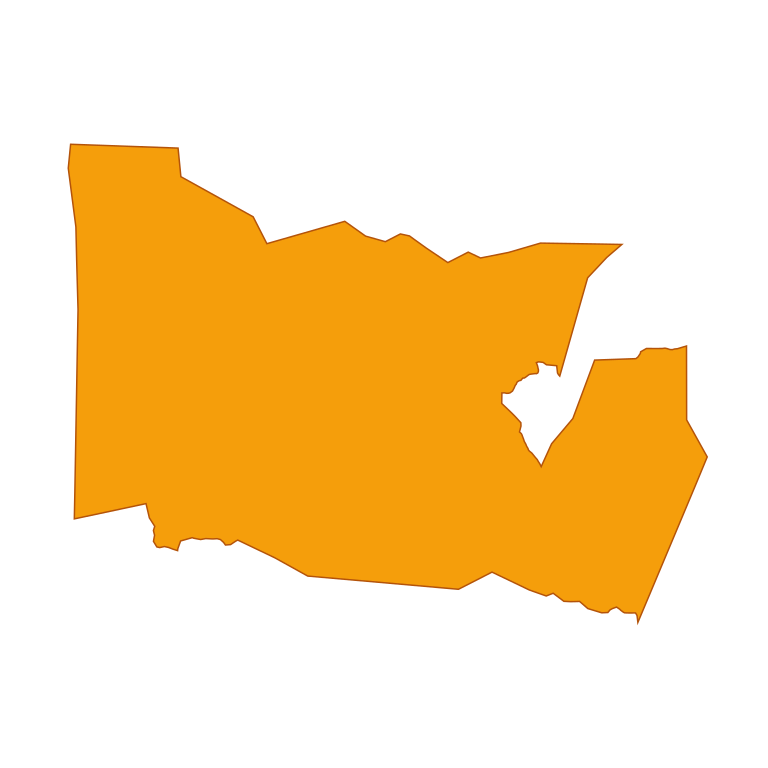 outline of San Vicente Lachixío, Oaxaca, Mexico, rotated 273°
{"feature_id": "50627088B80228149983097", "entity_name": "San Vicente Lachixío", "entity_type": "district", "adm_level": 2, "iso_a3": "MEX", "parent_name": "Mexico", "parent_adm1": "Oaxaca", "projection": "mercator", "projection_center": [-97.044, 16.647], "detail": "fine", "context": "isolated", "style": "filled", "palette": "amber", "viewbox_px": 768, "rotation_deg": 273, "n_neighbors": 0, "source": "geoboundaries", "source_scale": "gbopen_adm2", "svg_char_len": 2190}
<svg xmlns="http://www.w3.org/2000/svg" viewBox="0 0 768 768"><g transform="rotate(273 384 384)"><path d="M535.8,614.2L535.0,590.5L532.9,532.9L521.9,501.5L514.9,473.8L520.1,461.2L508.6,441.4L521.9,419.2L530.7,405.5L533.2,401.7L534.7,392.5L526.2,377.9L530.7,357.9L544.4,336.3L518.0,259.7L544.1,244.6L580.4,170.3L608.8,166.0L607.0,58.5L583.0,57.4L524.7,68.1L491.5,70.6L443.0,74.5L441.3,74.6L409.3,75.7L260.9,80.9L233.1,81.8L245.4,127.7L252.1,152.6L238.0,156.7L229.9,162.5L225.6,161.4L220.9,162.8L214.8,162.0L209.4,165.7L208.9,168.6L210.2,173.2L209.5,177.4L208.1,181.6L206.8,186.6L208.7,186.7L216.6,189.1L220.5,200.5L220.0,202.2L219.1,209.0L220.3,214.1L220.3,221.0L220.8,225.5L220.1,228.8L217.4,232.1L214.9,234.1L215.6,239.2L219.2,244.0L220.5,246.1L204.7,284.1L188.2,317.9L182.9,469.1L201.8,501.7L185.9,539.9L180.8,557.1L183.9,563.9L176.4,575.0L176.4,581.6L176.7,585.8L177.1,590.7L170.4,599.3L166.9,613.4L167.5,619.5L170.3,621.6L171.7,623.9L173.4,627.9L171.4,631.2L170.4,632.3L168.6,635.0L168.1,636.2L168.1,638.4L168.2,641.6L168.5,646.2L168.5,647.2L166.1,648.8L159.2,650.0L260.9,686.6L298.2,700.0L328.1,710.6L364.0,688.1L437.8,684.1L434.6,675.2L434.2,672.5L433.4,670.1L433.4,667.7L434.2,664.8L434.5,662.7L434.0,659.8L433.6,652.8L433.2,644.2L429.6,638.6L428.0,638.4L424.3,636.2L422.5,634.2L418.9,593.1L359.4,574.4L333.1,554.5L309.7,545.3L312.4,543.8L314.6,542.2L316.5,541.0L318.9,538.7L321.7,536.2L322.8,535.2L324.6,532.7L326.0,531.5L327.1,531.2L329.3,529.7L331.3,528.8L334.0,527.1L336.4,526.2L338.6,525.2L340.1,524.6L341.7,523.7L343.2,521.8L349.2,523.0L352.5,522.7L358.5,516.6L361.6,513.2L370.7,502.6L381.2,502.2L381.2,502.4L381.5,504.6L381.1,507.0L381.3,508.9L381.8,510.4L383.2,512.1L383.7,512.7L385.8,513.7L386.9,514.2L389.4,515.1L390.8,516.1L392.7,516.7L393.7,517.8L394.4,518.9L394.8,520.5L397.1,522.2L397.4,524.0L398.9,525.9L401.0,528.3L401.5,529.9L401.8,531.6L402.1,533.2L402.3,534.4L402.3,535.8L403.1,537.0L404.5,537.5L406.2,537.5L407.8,537.0L410.1,536.4L413.3,535.0L414.2,537.1L414.1,539.3L413.9,541.8L411.7,545.2L411.6,548.2L411.3,555.5L404.1,556.7L402.5,557.7L401.1,559.1L471.4,575.1L500.7,581.8L522.0,599.8L535.8,614.2Z" fill="#f59e0b" stroke="#b45309" stroke-width="1.5"/></g></svg>